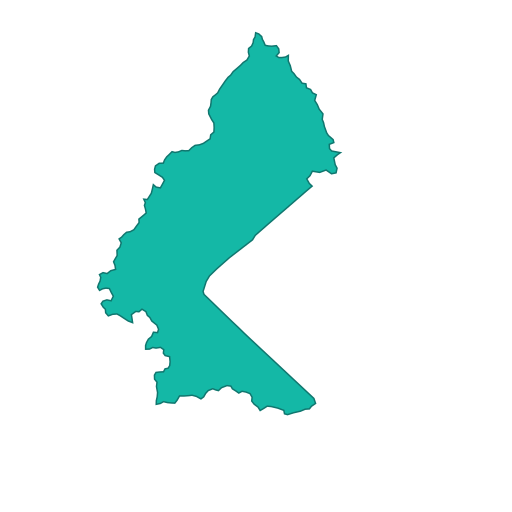 Água Doce do Norte, Espírito Santo, Brazil (Mercator projection), rotated 218°
{"feature_id": "56859067B20048204764079", "entity_name": "Água Doce do Norte", "entity_type": "district", "adm_level": 2, "iso_a3": "BRA", "parent_name": "Brazil", "parent_adm1": "Espírito Santo", "projection": "mercator", "projection_center": [-40.991, -18.518], "detail": "fine", "context": "isolated", "style": "filled", "palette": "teal", "viewbox_px": 512, "rotation_deg": 218, "n_neighbors": 0, "source": "geoboundaries", "source_scale": "gbopen_adm2", "svg_char_len": 3396}
<svg xmlns="http://www.w3.org/2000/svg" viewBox="0 0 512 512"><g transform="rotate(218 256 256)"><path d="M118.3,176.5L122.7,179.4L127.1,179.8L209.5,187.1L218.0,187.9L225.1,188.7L233.6,189.5L273.3,193.7L275.9,195.5L279.6,205.3L280.4,211.7L279.0,221.8L275.9,238.4L268.7,266.6L269.3,271.8L266.3,287.6L256.2,338.9L254.8,345.6L258.7,346.0L263.5,348.0L262.9,352.5L263.8,357.5L257.3,361.1L253.7,366.9L247.1,367.3L244.1,370.8L246.2,375.1L249.8,376.7L255.1,381.2L254.1,386.3L253.1,389.4L261.1,385.3L264.2,385.9L267.0,389.1L264.5,393.3L266.9,395.2L273.1,395.5L276.0,396.5L281.8,400.1L284.9,402.7L287.9,404.4L290.7,409.2L296.6,410.6L300.9,413.0L305.5,414.7L307.8,420.2L312.0,419.3L315.5,420.8L319.8,419.6L322.7,422.4L326.1,420.5L330.3,421.9L334.4,421.9L338.4,423.1L341.6,423.5L346.2,427.1L350.6,429.5L354.0,434.0L355.2,431.0L357.8,428.3L360.2,426.4L363.2,426.1L363.0,430.5L365.6,433.2L369.4,434.3L372.9,430.9L375.8,429.0L378.5,427.7L381.7,429.5L384.3,430.6L386.6,432.4L390.5,432.7L393.7,431.7L391.6,428.1L391.2,425.0L389.6,422.4L388.7,418.7L389.6,415.0L387.5,411.9L384.4,409.5L383.8,404.8L385.2,400.6L385.6,396.7L386.6,391.5L387.5,387.3L387.3,382.8L388.0,379.7L388.0,375.2L387.7,370.4L387.4,365.1L386.6,360.9L387.2,357.9L388.0,355.0L387.6,351.8L385.8,349.1L384.0,346.0L383.2,341.6L380.7,338.9L374.9,336.2L371.1,334.9L368.1,331.5L365.5,327.8L366.3,323.6L364.3,320.1L365.6,316.2L366.8,312.4L369.0,308.8L372.1,305.7L373.3,301.8L373.8,297.6L376.5,295.3L379.4,293.5L381.2,290.3L383.6,287.7L386.4,286.5L386.9,282.3L387.4,279.2L387.2,275.5L386.2,272.1L389.4,269.4L390.7,265.1L389.3,261.9L387.1,259.5L381.7,260.1L378.2,260.4L374.7,259.3L373.9,254.7L373.3,250.8L377.1,248.8L380.8,249.0L378.8,244.8L377.1,241.0L376.4,233.6L379.4,231.7L376.0,229.9L375.1,227.2L372.2,225.1L369.0,222.3L370.1,216.9L371.0,213.0L368.7,210.4L368.6,205.6L368.4,201.5L370.1,197.7L372.6,195.0L373.3,191.5L373.5,188.1L374.4,185.2L370.3,183.4L368.7,179.2L369.1,174.9L365.7,170.9L365.2,167.0L364.7,163.8L361.2,161.7L358.4,159.0L361.4,155.0L362.5,150.5L366.3,148.7L367.9,145.0L365.2,143.6L363.4,140.2L362.7,136.9L361.6,133.9L358.1,132.6L356.7,135.7L354.5,138.3L351.5,140.1L347.7,138.2L343.7,136.5L342.6,131.5L346.5,129.6L348.8,126.2L348.6,123.0L344.8,121.6L341.9,121.3L339.5,118.7L335.5,117.9L333.1,121.8L329.9,124.7L326.5,125.3L321.2,125.7L316.7,126.1L312.2,127.5L314.5,129.7L318.1,133.1L316.6,138.3L313.9,140.0L313.1,143.9L308.5,144.4L305.0,142.3L301.8,142.2L298.1,140.6L291.6,140.5L287.7,138.3L286.4,135.0L289.9,132.8L288.7,128.3L289.6,124.2L289.0,120.5L287.9,117.5L285.6,114.6L282.6,117.1L281.1,120.3L278.1,121.9L275.0,125.2L271.0,125.4L269.2,122.4L266.3,121.6L262.1,123.5L258.6,119.8L256.5,116.5L256.2,113.4L258.2,111.1L257.6,107.8L260.8,105.0L263.1,102.7L262.7,99.6L260.1,96.5L256.3,95.6L254.1,91.9L249.5,87.8L247.1,84.1L245.5,80.7L243.3,77.7L240.6,80.9L239.2,84.3L235.5,86.0L231.9,88.3L229.4,90.1L229.4,93.7L230.1,98.6L226.3,101.6L223.0,104.6L220.7,106.9L216.5,108.7L211.4,109.5L210.5,112.8L211.1,116.8L210.8,120.6L208.3,124.8L205.5,125.6L202.7,126.8L202.1,131.0L199.1,136.0L195.7,138.0L192.8,136.8L189.1,137.2L185.2,137.4L183.7,140.8L180.2,142.6L176.0,143.9L172.1,142.3L170.1,139.1L166.3,138.1L161.4,138.2L157.6,136.8L156.1,140.6L154.7,144.6L151.2,146.8L145.1,149.6L139.0,151.5L136.4,149.2L133.5,150.4L129.9,155.6L125.5,161.0L122.9,165.6L119.8,168.4L119.8,171.7L118.3,176.5Z" fill="#14b8a6" stroke="#0f766e" stroke-width="1.5"/></g></svg>